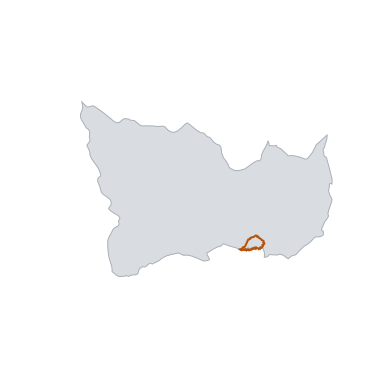 location of Markounda, Ouham, Central African Republic, rotated 204°
{"feature_id": "33826404B52601033142025", "entity_name": "Markounda", "entity_type": "district", "adm_level": 2, "iso_a3": "CAF", "parent_name": "Central African Republic", "parent_adm1": "Ouham", "projection": "natural_earth1", "projection_center": [17.237, 7.587], "detail": "fine", "context": "in_parent", "style": "outline", "palette": "amber", "viewbox_px": 384, "rotation_deg": 204, "n_neighbors": 0, "source": "geoboundaries", "source_scale": "gbopen_adm2", "svg_char_len": 6985}
<svg xmlns="http://www.w3.org/2000/svg" viewBox="0 0 384 384"><g transform="rotate(204 192 192)"><path d="M257.9,141.5L261.0,142.5L261.6,143.6L260.7,147.2L261.4,149.4L263.1,151.4L264.9,152.2L266.6,152.6L272.5,153.8L275.0,155.1L278.3,159.4L282.4,163.2L283.4,165.3L283.2,167.1L282.0,169.4L282.2,170.3L284.1,172.6L286.3,174.9L290.2,177.4L297.0,181.4L300.2,184.1L301.2,186.2L303.0,188.4L305.4,190.4L307.1,192.0L306.0,196.4L306.3,197.9L306.9,199.1L308.4,200.8L308.9,203.1L310.4,205.9L312.1,207.1L314.9,207.6L316.4,208.9L319.5,211.1L322.4,213.0L323.7,214.4L324.5,215.5L325.2,216.9L325.6,218.3L325.6,221.3L326.2,225.0L327.8,227.5L329.3,229.4L323.2,227.2L322.3,227.2L321.2,227.6L318.0,230.2L317.0,230.6L313.0,230.0L303.3,227.9L295.8,225.9L293.5,225.1L289.5,224.4L286.9,225.8L284.4,230.6L283.7,231.5L279.8,232.9L278.0,232.5L273.5,233.8L266.5,231.9L264.0,232.2L262.1,233.2L257.1,235.4L254.1,236.6L250.5,237.7L247.2,239.4L244.9,240.4L242.7,240.4L240.7,239.4L238.6,238.6L235.9,238.4L233.2,238.9L230.9,240.8L230.0,242.1L228.0,245.7L225.7,251.5L224.7,252.7L223.9,253.3L213.0,250.4L208.3,249.7L205.2,250.6L201.2,249.0L199.4,248.7L198.6,249.2L196.4,248.5L192.8,246.5L189.4,245.7L186.3,245.9L184.4,245.3L182.9,243.3L180.9,239.8L177.4,236.3L172.6,233.5L169.7,231.3L168.5,229.9L165.9,229.1L162.0,229.0L158.2,230.4L152.9,234.8L147.8,243.8L145.1,247.2L142.8,248.1L142.3,250.3L143.4,253.8L143.7,257.7L142.9,264.5L143.2,269.4L142.0,268.6L140.8,266.3L140.3,265.9L137.0,266.9L135.3,267.8L134.3,268.8L133.7,268.9L132.6,267.6L131.8,267.4L130.5,267.6L129.1,267.6L128.3,267.5L127.7,267.6L126.1,266.8L120.4,264.9L119.5,264.3L118.3,264.4L115.4,266.0L113.8,266.5L109.1,267.5L104.1,268.0L102.1,268.0L100.8,268.8L100.0,269.8L98.4,276.0L98.0,277.1L98.0,278.7L97.6,283.7L97.8,285.3L91.8,299.0L90.8,296.7L90.1,294.1L89.9,291.0L90.0,290.2L89.6,289.2L89.1,286.7L89.6,285.1L89.2,283.4L88.0,281.7L87.0,280.4L86.4,279.3L85.9,278.8L84.7,278.6L83.1,278.0L76.4,269.9L69.4,260.9L68.0,257.9L67.4,256.2L69.1,256.0L69.6,255.7L69.6,254.9L68.6,252.6L68.1,249.6L67.2,247.8L64.5,245.1L61.9,242.9L61.0,241.9L60.6,240.3L59.6,230.5L59.1,227.7L58.3,226.5L57.7,225.9L57.5,225.2L57.6,223.5L57.9,221.9L57.9,221.3L58.6,219.9L58.6,210.9L57.8,209.6L56.2,209.6L55.4,208.3L54.7,206.6L54.9,205.4L56.4,203.6L57.4,202.9L60.4,201.4L61.2,200.7L61.8,199.8L62.1,198.6L63.8,193.9L66.4,189.3L67.5,188.3L70.1,181.5L70.7,179.7L71.2,178.0L72.0,176.6L74.8,174.3L76.9,170.2L79.2,170.4L81.6,171.1L84.7,171.4L87.0,170.6L88.6,169.0L95.9,166.3L96.5,164.1L97.6,162.9L99.0,161.9L99.5,161.8L99.6,162.5L100.4,164.8L102.1,167.1L104.5,169.5L105.2,169.4L106.8,167.5L110.6,166.3L111.6,165.8L114.3,163.1L117.6,161.3L119.5,160.7L122.8,158.9L125.1,159.1L128.9,158.9L135.2,158.0L139.8,157.7L142.1,157.4L142.7,157.0L143.6,154.4L144.3,153.7L146.0,152.5L149.3,148.6L151.5,145.2L152.2,144.0L152.7,143.8L153.6,142.4L152.7,140.9L148.9,138.0L149.0,137.6L148.7,137.1L148.9,136.7L150.4,135.5L152.3,134.1L154.4,133.6L159.8,133.7L164.3,133.4L165.4,133.5L169.0,132.8L171.4,132.1L173.9,130.7L179.6,130.8L184.4,127.2L185.7,126.6L186.3,126.0L186.5,125.4L188.7,124.0L191.2,121.0L193.2,118.3L193.7,116.5L199.0,110.0L200.9,110.2L201.8,109.4L203.9,105.1L204.6,104.3L206.8,103.6L207.8,102.3L208.7,100.4L208.7,98.1L208.3,96.2L208.3,95.3L208.8,94.5L209.7,93.6L213.7,91.3L214.8,90.2L215.4,89.2L216.5,89.0L217.8,89.1L218.6,88.5L219.4,87.5L222.3,86.1L224.9,85.0L227.6,85.4L232.6,86.8L234.1,89.9L234.8,91.0L241.0,98.2L242.2,99.9L245.3,105.1L247.2,108.7L249.3,113.8L249.5,116.5L249.3,118.9L248.9,125.6L248.3,127.5L245.6,131.1L245.5,132.8L246.1,134.1L246.9,134.7L247.4,135.4L247.1,138.5L248.1,139.7L250.1,140.5L255.3,141.1L257.9,141.5Z" fill="#d9dde1" stroke="#a8b0b8" stroke-width="1"/><path d="M105.2,171.5L105.3,171.5L105.5,171.6L105.6,171.8L105.8,172.0L105.9,172.4L106.1,172.4L106.1,172.5L105.8,173.0L105.5,173.3L105.4,173.4L105.2,173.4L105.1,173.5L105.0,173.9L105.1,174.1L105.1,174.3L105.0,174.5L105.4,174.8L105.5,174.8L105.8,174.9L106.0,174.8L106.3,174.9L106.3,175.0L106.3,175.3L106.3,175.5L106.4,175.9L106.7,176.1L106.9,176.5L107.2,176.5L108.6,176.4L109.6,177.0L110.8,177.2L111.1,177.2L111.3,177.2L111.5,177.2L111.8,177.2L112.0,177.4L112.3,177.4L112.7,177.6L112.8,177.8L113.0,177.9L113.6,177.7L113.8,177.7L114.0,177.6L114.3,177.6L114.5,178.1L114.5,178.4L115.1,178.4L115.7,178.2L116.0,178.2L116.6,177.6L116.6,177.4L116.7,177.1L116.9,176.7L117.0,176.6L117.1,176.4L117.3,176.2L117.6,175.8L118.0,175.5L118.4,175.4L118.5,175.3L118.7,175.0L118.8,174.9L119.3,174.6L119.4,174.3L119.6,174.0L119.9,173.8L119.9,173.4L119.7,173.1L119.8,172.9L120.1,172.9L120.4,172.8L120.4,172.6L120.4,172.1L120.6,172.0L120.7,171.8L121.1,171.6L121.3,171.5L121.3,171.1L121.3,170.9L121.4,170.6L121.3,170.2L121.4,163.8L121.8,163.1L121.9,162.9L122.0,162.8L122.3,162.6L122.5,162.6L122.8,162.5L122.9,162.3L123.0,162.1L123.0,161.9L123.1,161.7L123.2,161.1L123.3,160.6L123.3,160.3L123.5,160.1L124.2,159.8L124.4,159.6L124.6,159.4L124.9,159.1L124.4,159.0L124.2,158.9L124.0,159.0L123.9,159.2L123.7,159.1L123.5,158.9L123.4,158.9L123.2,158.9L122.9,159.0L122.9,159.4L122.9,159.5L122.7,159.9L122.3,159.8L122.2,160.0L121.9,160.2L121.7,160.1L121.3,160.2L121.1,160.5L120.9,160.6L121.0,160.5L121.0,160.4L120.7,160.2L120.6,160.3L120.3,160.4L120.4,160.5L120.3,160.9L120.4,161.0L120.2,161.1L120.0,161.3L120.0,161.5L119.9,161.5L119.7,161.6L119.5,161.4L119.4,161.3L119.4,161.2L119.2,161.1L118.8,160.9L118.8,161.0L118.7,161.1L118.4,161.2L118.4,161.3L118.5,161.4L118.5,161.5L118.4,161.7L118.2,161.7L118.2,161.4L117.9,161.4L117.8,161.5L118.0,161.7L117.9,161.8L117.7,161.7L117.5,161.8L117.5,162.2L117.5,162.3L117.4,162.2L117.2,162.0L117.2,161.9L117.2,162.0L116.9,162.2L116.7,162.0L116.5,162.3L116.4,162.4L116.2,162.3L116.1,162.7L116.0,162.8L115.9,162.8L115.7,162.7L115.4,162.6L115.3,162.8L115.3,163.0L115.2,163.2L114.9,163.2L114.9,163.3L114.9,163.5L114.7,163.5L114.5,163.8L114.6,164.0L114.6,164.3L114.6,164.5L114.3,164.7L114.1,164.6L114.1,164.4L114.0,164.2L113.9,164.1L113.8,164.3L113.7,164.4L113.7,164.5L113.4,164.7L113.5,164.7L113.5,164.8L113.6,165.0L113.4,165.1L113.4,165.3L113.2,165.3L112.9,165.3L112.8,165.5L112.7,165.5L112.6,165.4L112.5,165.5L112.4,165.8L112.5,166.0L112.4,166.2L112.3,166.3L112.4,166.5L112.2,166.6L111.9,166.7L111.7,166.7L111.5,166.4L111.4,166.2L111.2,166.0L111.1,165.9L110.8,165.9L110.8,166.0L110.7,166.1L110.8,166.3L110.8,166.5L110.8,166.8L110.7,166.7L110.5,166.8L110.4,166.9L110.3,167.0L110.1,166.9L109.9,166.9L109.8,167.0L109.9,167.3L109.7,167.3L109.4,167.3L109.1,167.4L108.9,167.3L108.7,167.4L108.5,167.5L108.4,167.5L108.2,167.3L108.0,167.2L108.0,167.3L107.9,167.3L107.8,167.5L107.7,167.6L107.4,167.8L107.5,167.9L107.5,168.0L107.4,168.1L107.2,168.0L107.1,167.9L106.8,167.8L106.8,168.1L107.0,168.2L107.0,168.4L106.9,168.5L106.7,168.8L106.8,168.9L107.0,168.9L107.0,169.0L107.0,169.3L106.9,169.4L106.8,169.5L106.6,169.4L106.6,169.2L106.4,169.2L106.2,169.2L106.2,169.3L106.1,169.5L105.9,169.8L105.8,169.7L105.7,169.7L105.7,169.8L105.6,170.0L105.6,169.9L105.2,171.1L105.2,171.5Z" fill="none" stroke="#b45309" stroke-width="2"/></g></svg>